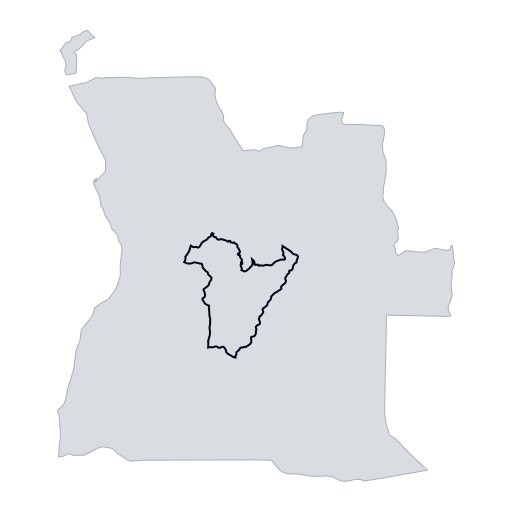 where Bié sits in Angola
{"feature_id": "AGO-1886", "entity_name": "Bié", "entity_type": "Province", "adm_level": 1, "iso_a3": "AGO", "parent_name": "Angola", "parent_adm1": "", "projection": "orthographic", "projection_center": [17.419, -12.443], "detail": "fine", "context": "in_parent", "style": "outline", "palette": "ink", "viewbox_px": 512, "rotation_deg": 0, "n_neighbors": 0, "source": "natural_earth", "source_scale": "10m", "svg_char_len": 9476}
<svg xmlns="http://www.w3.org/2000/svg" viewBox="0 0 512 512"><path d="M452.3,245.6L452.9,250.0L453.5,256.1L453.9,260.4L454.3,262.4L454.5,263.5L453.9,264.6L453.4,267.2L452.4,269.5L451.9,271.1L452.2,274.0L451.3,282.8L451.1,287.1L452.1,294.9L451.9,297.2L449.1,304.3L448.2,307.8L448.1,309.7L450.7,315.0L450.5,316.1L448.4,316.3L446.6,316.4L386.5,315.1L384.7,405.7L384.5,413.4L386.2,423.6L389.5,434.8L390.8,435.8L394.3,437.9L399.1,442.2L401.8,445.4L407.2,451.0L414.4,458.1L427.5,470.2L382.4,478.1L365.2,480.9L363.7,480.9L361.1,479.6L355.6,479.3L349.1,480.9L344.0,481.3L340.2,480.5L336.5,479.0L332.9,476.8L326.6,475.9L317.7,476.4L309.0,475.9L300.8,474.4L294.8,473.8L291.2,474.1L287.4,473.6L283.3,472.3L279.9,470.2L275.8,465.8L272.6,461.6L271.8,461.0L270.8,460.3L269.8,460.1L251.9,459.9L143.3,460.2L130.8,461.1L129.8,460.9L128.2,460.4L127.1,459.5L123.5,457.2L120.4,455.4L116.1,452.4L113.3,449.1L111.0,448.0L106.9,447.5L103.9,446.9L101.4,446.9L97.0,448.5L93.8,450.1L91.5,451.7L87.4,453.5L84.0,455.3L78.1,455.2L76.8,455.4L73.4,455.4L70.3,454.0L67.1,454.2L63.6,456.1L58.6,457.0L59.4,444.4L60.5,438.9L60.3,432.2L59.1,415.1L58.2,412.7L57.5,410.0L60.6,407.8L62.2,406.1L64.3,403.2L65.7,399.2L67.3,390.4L73.5,369.9L76.2,350.0L80.0,340.4L81.3,329.8L92.3,316.0L94.9,307.6L100.6,303.4L108.8,298.8L114.5,291.0L117.3,285.5L120.4,275.1L120.2,264.3L122.1,249.9L121.6,245.7L118.5,240.0L117.8,235.9L114.9,231.9L111.8,228.9L110.3,223.5L104.9,215.0L103.3,209.3L100.7,205.2L100.3,200.2L98.9,194.8L96.2,189.6L93.6,183.6L93.5,181.7L95.1,179.4L96.6,178.6L96.1,179.7L95.1,181.1L95.4,182.2L105.2,171.4L105.9,169.3L105.5,167.0L105.4,164.2L105.8,160.8L96.1,141.4L88.4,123.4L87.0,114.2L77.0,102.3L73.0,94.6L70.7,89.1L69.0,87.0L69.6,86.0L72.2,85.7L77.9,84.3L85.7,82.8L92.9,79.4L94.8,78.0L98.6,77.7L102.6,78.4L104.0,77.8L104.8,77.7L114.0,77.6L117.8,77.3L124.9,77.3L129.3,77.5L131.9,77.8L138.8,78.3L147.3,78.1L150.4,77.8L161.6,77.5L182.7,77.0L193.7,76.9L202.2,76.9L206.0,78.1L209.5,80.2L211.1,82.2L211.9,83.0L212.9,85.1L214.8,86.8L215.5,89.3L215.0,92.8L215.3,96.9L216.4,101.8L218.7,106.9L222.2,112.2L223.8,116.5L223.3,119.6L224.4,122.9L227.0,126.4L228.9,128.3L230.0,129.7L233.0,135.1L242.6,150.1L244.0,150.8L246.1,150.6L250.6,149.9L255.0,149.8L258.2,151.2L259.4,150.9L264.2,148.4L268.9,147.6L273.8,146.6L276.4,145.5L279.4,145.5L287.5,147.6L289.0,147.8L295.5,147.8L302.1,146.7L303.1,138.1L303.1,136.4L304.7,133.1L306.7,130.3L307.0,127.6L306.9,123.9L308.3,119.5L312.7,115.9L319.8,114.3L323.9,114.0L330.2,113.1L339.9,112.2L343.4,112.4L343.7,112.9L341.7,119.0L341.6,121.1L342.3,123.1L344.0,124.2L363.1,124.7L381.6,125.7L382.6,126.0L383.4,126.5L384.6,129.6L384.2,135.6L382.4,144.3L383.0,152.5L386.0,160.1L386.2,171.8L383.5,187.6L382.8,197.5L384.2,201.7L387.2,206.1L391.7,210.8L395.2,216.8L397.6,224.1L398.4,228.7L397.7,230.5L397.7,233.8L398.4,238.5L397.5,241.5L395.0,243.0L394.1,245.1L395.3,249.1L395.5,252.7L397.2,255.2L398.4,255.4L400.9,254.1L404.0,251.7L406.5,250.8L409.9,250.9L414.7,251.7L423.2,252.2L425.8,251.8L433.8,248.7L435.9,248.5L439.0,248.9L443.4,249.9L447.9,250.3L450.1,249.3L450.3,248.0L451.0,246.3L452.3,245.6ZM94.7,37.4L94.2,37.9L90.5,39.4L86.7,40.9L81.6,46.5L79.0,49.0L78.2,49.6L75.9,51.0L74.2,52.1L74.3,52.8L75.4,53.5L76.6,54.7L76.6,63.8L76.1,72.7L75.5,73.5L72.3,73.9L67.9,74.6L66.6,75.0L66.1,74.1L64.6,70.9L65.4,67.8L66.3,65.4L65.2,60.7L63.0,56.5L60.6,51.2L59.9,50.2L61.9,48.5L64.8,44.6L66.0,42.6L69.4,42.1L70.7,40.8L71.6,38.5L71.9,37.3L75.8,36.2L80.4,34.2L83.0,32.1L85.5,30.8L87.2,30.7L88.3,31.2L91.3,34.7L93.9,36.9L94.7,37.4Z" fill="#d9dde1" stroke="#a8b0b8" stroke-width="1"/><path d="M212.3,233.1L212.8,233.4L213.2,233.7L212.6,234.1L212.4,234.4L212.3,234.6L212.4,235.1L212.6,235.3L212.9,235.4L213.2,235.5L213.8,236.6L214.1,236.9L214.4,237.1L215.3,237.1L215.7,237.1L216.1,237.5L217.0,238.9L217.4,239.3L218.0,239.6L218.8,239.7L219.5,239.4L220.0,239.5L221.4,239.0L222.6,239.5L226.0,240.5L226.6,240.8L227.2,241.3L228.1,241.7L228.4,241.4L228.7,241.0L229.3,241.2L229.9,240.9L230.3,241.2L230.7,242.3L231.1,242.2L231.5,242.4L232.0,242.6L232.5,242.8L234.2,242.5L234.5,242.7L234.9,243.3L236.6,244.3L237.2,244.8L237.4,245.4L237.3,246.5L237.4,247.1L237.7,247.6L238.6,248.5L238.9,249.6L239.7,250.7L239.9,251.3L239.8,252.5L239.6,252.9L239.2,253.3L239.0,253.0L238.1,253.6L237.8,254.2L238.1,254.8L238.8,255.1L239.3,255.1L239.6,255.1L239.8,255.2L240.1,255.8L240.0,256.4L240.0,256.9L240.2,257.3L240.6,257.8L241.9,259.9L242.0,260.4L241.9,260.6L241.9,260.9L241.9,261.4L241.8,261.6L241.6,261.7L241.1,262.0L241.0,262.3L241.1,263.1L241.0,263.5L241.4,263.3L241.9,263.1L242.3,263.2L242.3,263.7L242.1,264.0L241.3,264.3L241.0,264.4L240.6,265.2L240.8,266.0L241.6,267.9L241.7,268.3L241.7,268.7L241.7,269.2L241.5,269.8L241.4,270.0L241.5,270.1L244.2,271.4L245.7,271.1L246.3,270.9L247.8,269.6L248.6,269.1L251.7,265.8L252.3,264.9L252.6,263.9L252.5,261.6L252.1,259.3L253.1,260.2L253.5,260.5L253.8,260.8L254.1,261.7L254.4,262.1L254.6,262.5L254.4,263.8L254.4,264.0L254.5,264.1L254.6,264.4L254.8,264.6L255.1,264.8L256.3,264.9L257.3,264.6L257.7,264.6L257.8,264.6L258.0,264.7L258.3,264.9L258.4,265.0L258.6,265.5L259.0,265.8L259.5,265.7L260.1,265.4L260.5,265.3L261.1,265.4L261.9,265.5L262.4,265.7L262.9,265.7L263.6,265.6L266.0,264.9L266.8,264.9L268.5,265.2L270.1,265.3L270.9,265.3L271.6,265.1L272.3,264.7L274.5,262.4L275.1,262.0L276.8,261.1L280.3,259.8L281.9,259.5L282.7,259.5L284.1,259.7L284.7,259.5L285.0,259.0L284.9,258.3L284.9,257.6L284.7,257.1L284.5,256.6L284.3,256.3L283.7,255.9L283.0,255.1L283.0,254.5L283.3,253.9L283.5,253.0L283.3,252.1L282.4,250.4L282.1,249.5L282.2,248.6L282.7,247.0L282.6,246.1L289.5,250.5L291.0,251.7L292.6,253.4L293.3,254.0L294.1,254.3L295.8,254.7L296.9,255.1L297.5,255.7L298.0,256.5L298.0,257.2L297.3,258.9L297.1,259.7L296.7,260.5L296.5,261.8L296.4,262.6L295.7,262.8L295.2,263.2L294.7,263.6L293.5,265.2L293.2,265.9L293.0,266.7L292.7,268.3L292.3,269.4L291.7,270.0L291.1,270.4L290.1,270.5L289.5,270.6L289.2,270.9L289.1,271.6L289.3,272.3L289.0,273.2L288.3,273.7L287.5,274.2L287.1,274.8L286.3,276.4L285.6,277.3L285.2,278.2L285.3,279.1L285.8,280.4L286.0,280.7L285.9,281.1L285.7,281.9L285.3,282.7L283.9,284.2L283.7,284.4L282.8,284.9L281.7,286.0L281.2,286.6L281.1,287.0L281.1,287.4L281.3,287.8L281.4,288.2L281.2,288.8L280.7,289.4L279.0,290.4L277.9,291.3L277.0,291.9L275.2,292.7L274.5,293.2L271.7,295.9L271.1,297.1L271.2,298.0L271.0,298.6L270.6,299.4L270.1,300.1L268.0,302.4L267.6,303.2L267.5,303.9L267.3,304.9L266.7,305.6L263.6,308.2L262.8,308.6L262.6,309.3L262.7,310.0L263.3,311.7L263.1,312.7L262.0,314.2L261.5,315.1L260.9,315.6L260.1,316.2L259.5,316.7L259.5,317.4L258.9,318.9L259.0,319.6L259.8,321.5L260.0,323.0L259.8,323.8L259.3,324.4L257.8,325.0L257.4,325.2L256.8,325.7L256.2,326.3L255.8,327.0L255.9,327.7L256.2,328.5L256.4,329.4L255.9,330.7L255.8,331.3L255.9,331.8L256.0,332.9L255.6,334.2L255.1,335.4L254.1,336.3L251.3,336.9L251.0,337.6L251.0,338.3L251.2,339.1L251.3,342.2L251.2,342.5L251.0,342.8L250.3,343.8L250.1,344.0L249.9,344.2L249.7,344.3L249.2,344.7L248.7,345.2L248.2,345.5L247.8,345.6L247.5,345.8L246.1,346.8L245.8,347.0L245.6,347.0L244.8,346.9L244.4,346.9L243.1,347.5L242.8,347.5L241.8,347.4L241.5,347.4L241.2,347.5L240.7,347.8L240.4,348.0L240.2,348.1L239.2,349.6L238.2,350.8L238.0,351.0L236.7,351.9L236.5,352.1L236.4,352.4L236.3,352.8L236.4,354.0L236.3,354.4L236.2,354.8L236.1,355.1L235.1,356.4L235.1,356.6L235.1,356.8L235.2,357.0L235.5,357.4L234.9,357.5L234.3,357.4L233.5,357.2L232.7,356.7L230.8,355.4L229.7,354.9L228.0,353.9L226.6,352.6L226.2,351.9L225.9,350.3L225.6,349.6L224.6,347.9L224.1,347.4L223.7,347.1L223.0,346.8L222.2,346.8L221.3,347.1L221.0,347.3L220.4,347.6L219.7,347.9L219.0,347.8L218.3,347.5L217.3,346.8L216.6,346.5L215.7,346.4L214.7,346.7L213.6,347.1L212.2,347.3L209.2,347.2L208.8,347.2L208.2,347.5L208.3,342.1L208.1,341.5L208.1,341.3L208.1,341.1L208.2,340.8L208.3,340.4L208.6,339.9L208.7,339.7L208.7,339.4L208.7,338.8L208.9,337.9L209.1,337.6L209.2,337.0L209.2,336.9L209.6,336.1L209.7,335.9L210.0,332.2L210.0,331.8L209.7,329.0L209.5,328.3L209.5,327.6L210.2,323.0L210.2,321.1L210.0,320.2L210.1,319.8L210.2,319.5L210.2,319.3L210.2,319.0L209.5,316.0L209.2,310.8L209.2,310.1L209.0,309.2L208.9,307.6L209.1,305.7L207.6,305.1L206.0,304.3L205.3,303.8L204.6,303.1L204.1,302.1L203.0,300.6L202.6,299.9L202.5,299.1L202.6,298.5L203.2,298.0L204.2,297.4L204.4,297.1L204.7,296.7L204.9,296.0L205.0,295.1L205.0,294.2L204.9,293.2L204.4,292.2L204.1,291.2L203.7,290.6L203.6,290.2L203.6,289.8L203.6,289.5L203.7,289.3L203.8,289.1L204.3,288.6L205.2,288.0L205.8,287.7L207.7,286.1L208.2,285.6L209.1,284.2L209.2,283.4L209.4,282.4L209.8,281.8L210.8,280.3L211.3,279.7L211.5,278.7L211.4,278.2L211.3,277.5L211.1,277.2L210.8,277.0L210.3,276.5L210.0,276.1L208.4,274.7L208.2,274.5L208.1,274.3L208.1,273.9L207.9,272.9L207.7,272.4L207.4,272.2L205.7,271.0L205.3,270.6L205.1,270.3L205.0,270.0L204.7,269.7L204.0,269.2L203.4,268.5L203.0,268.0L202.8,267.8L202.7,267.6L202.5,266.0L202.4,265.6L202.4,265.3L202.2,265.0L202.0,264.1L201.6,263.9L201.0,263.6L199.4,263.5L198.2,263.1L194.2,262.3L192.4,263.0L191.9,263.3L189.3,263.6L188.3,263.6L186.9,263.3L184.2,262.2L185.0,260.6L185.5,258.9L185.4,256.6L186.3,255.6L188.2,252.7L188.9,251.5L189.5,250.1L190.8,245.6L192.5,246.8L193.1,247.1L193.9,247.1L195.9,246.9L197.0,247.2L197.5,247.4L197.9,247.5L198.5,247.5L199.1,247.2L199.7,246.5L201.5,243.4L202.2,242.6L202.9,241.8L204.1,241.1L206.0,240.1L206.8,239.6L207.5,238.9L208.8,237.2L209.5,236.9L210.3,236.7L210.5,236.4L211.4,235.2L211.5,234.9L211.3,234.1L211.4,233.7L212.3,233.1Z" fill="none" stroke="#020617" stroke-width="2"/></svg>